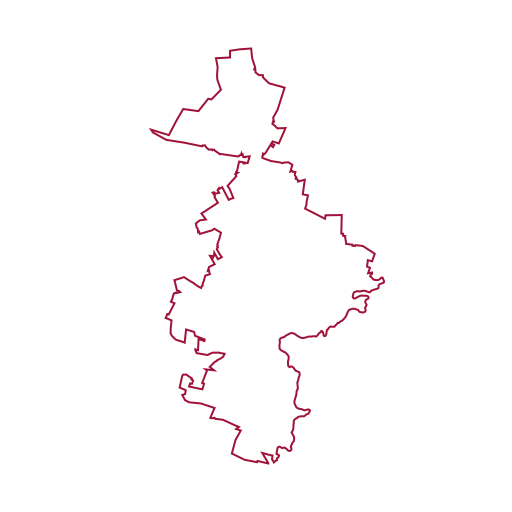 Sedibeng, Gauteng, South Africa (Albers equal-area conic projection), rotated 283°
{"feature_id": "47623444B84489694859974", "entity_name": "Sedibeng", "entity_type": "district", "adm_level": 2, "iso_a3": "ZAF", "parent_name": "South Africa", "parent_adm1": "Gauteng", "projection": "albers", "projection_center": [28.102, -26.548], "detail": "fine", "context": "isolated", "style": "outline", "palette": "rose", "viewbox_px": 512, "rotation_deg": 283, "n_neighbors": 0, "source": "geoboundaries", "source_scale": "gbopen_adm2", "svg_char_len": 6109}
<svg xmlns="http://www.w3.org/2000/svg" viewBox="0 0 512 512"><g transform="rotate(283 256 256)"><path d="M122.2,211.1L110.6,211.2L109.5,217.7L105.5,218.0L104.0,215.4L99.6,219.3L98.4,223.6L99.9,235.7L98.6,249.8L88.0,247.9L87.9,249.5L89.0,252.1L88.2,252.8L89.0,260.5L86.0,275.0L85.6,277.8L83.0,275.6L82.5,280.4L72.1,277.4L58.1,276.9L54.9,290.7L55.3,303.4L56.6,303.5L56.6,314.6L57.0,314.5L65.5,306.4L65.2,314.2L65.3,317.0L61.3,317.4L60.6,318.5L58.9,319.8L61.2,321.5L61.7,322.4L62.7,321.9L63.6,322.0L64.9,323.1L66.6,323.4L66.9,323.3L67.4,322.6L67.5,320.9L67.9,320.4L73.8,320.2L75.0,320.7L75.4,321.4L75.4,322.5L74.7,324.8L75.8,326.9L74.6,329.6L73.8,330.8L73.5,332.0L73.9,333.2L74.9,334.0L76.8,333.7L77.3,333.0L78.1,332.8L82.5,333.6L84.1,334.5L85.3,334.5L88.1,333.9L92.1,330.4L93.8,331.0L96.3,331.2L100.5,330.4L101.8,330.4L103.5,329.9L104.7,330.1L106.2,331.0L107.5,332.6L108.2,332.8L108.8,333.4L110.2,336.6L110.5,338.6L110.9,339.2L112.7,340.5L114.3,342.6L117.5,343.4L118.2,342.6L118.3,341.6L118.1,340.8L116.9,338.9L116.6,337.7L116.6,336.9L117.0,335.0L116.9,331.5L117.6,329.4L121.3,326.5L123.7,326.1L129.8,326.5L133.5,326.0L136.3,326.6L142.1,324.7L144.8,325.1L147.4,324.9L149.2,325.4L151.6,324.8L152.6,324.1L153.1,320.7L154.3,319.0L155.6,317.8L156.2,316.2L156.4,315.0L155.3,313.8L155.7,312.6L156.3,312.1L160.3,310.8L162.0,311.0L164.9,310.6L165.8,310.1L167.1,308.7L168.7,306.2L168.9,304.5L169.8,301.7L170.5,300.4L171.0,299.9L174.3,298.9L177.6,298.7L179.3,297.9L180.4,298.0L181.9,299.0L183.5,301.8L184.8,302.7L187.8,306.0L188.7,307.3L189.0,308.4L189.0,310.7L187.2,315.2L186.4,318.3L186.7,320.8L189.4,325.5L189.7,327.3L191.0,330.7L191.0,332.7L192.3,333.7L195.1,334.9L196.5,336.4L197.5,336.4L197.7,336.7L197.6,337.5L197.1,338.1L195.5,339.2L194.2,339.5L193.7,339.9L193.3,340.6L193.6,341.5L194.7,341.9L196.1,342.1L199.8,341.7L200.6,342.6L201.5,342.7L203.0,343.5L204.1,344.6L204.1,345.8L204.8,348.4L205.9,348.8L207.0,349.6L209.3,350.8L209.3,351.7L210.9,352.7L212.6,354.7L216.2,356.7L218.6,357.5L221.4,357.8L223.7,358.5L224.5,358.9L226.3,361.8L226.6,362.9L226.6,365.9L226.4,367.6L225.0,369.1L224.8,370.4L224.9,372.3L225.2,373.4L225.9,374.5L226.5,374.9L227.7,375.1L230.0,374.0L230.9,374.1L232.4,374.7L233.3,374.7L235.5,372.9L236.7,372.7L238.0,373.0L239.7,374.9L240.7,375.1L241.3,374.8L242.0,373.9L242.1,372.6L241.0,367.1L240.4,366.1L237.1,362.2L236.6,361.1L237.4,359.8L238.5,359.3L241.9,359.4L242.7,359.8L244.3,362.0L244.7,363.5L244.7,365.0L246.4,368.6L246.6,370.2L246.1,374.3L246.3,375.0L246.7,375.5L248.1,376.1L248.8,377.0L251.9,382.3L252.7,382.5L254.8,382.1L256.0,382.5L256.9,383.5L258.3,385.9L259.2,386.6L260.5,386.3L263.4,384.1L263.2,383.1L260.9,381.5L260.2,380.6L259.6,378.9L259.4,376.3L259.7,375.4L261.0,373.7L261.9,371.8L263.0,371.9L264.7,373.0L266.0,372.8L264.4,369.1L270.2,369.7L270.6,366.6L277.1,365.9L276.9,370.3L284.9,371.2L289.8,357.8L289.0,350.6L288.0,350.3L287.7,347.7L288.7,347.6L288.1,341.0L289.0,340.9L294.3,338.6L295.5,338.5L295.3,336.3L297.3,335.9L297.0,334.1L315.2,330.3L311.3,314.6L307.8,314.9L313.2,293.2L317.8,293.6L320.0,293.1L326.8,293.0L326.6,287.7L341.3,286.4L338.0,280.2L338.6,280.1L338.8,280.7L339.0,280.6L339.9,278.6L340.0,277.5L340.5,277.1L341.5,277.8L343.0,276.1L343.9,275.5L346.7,275.5L346.3,272.9L347.0,272.4L347.1,272.0L346.0,270.5L353.0,270.9L354.6,266.5L353.2,261.9L352.4,261.1L352.6,258.7L351.9,249.3L353.0,240.2L354.7,239.7L356.1,240.5L356.6,239.9L357.4,239.7L357.3,240.6L357.0,240.7L358.0,241.9L367.4,245.1L365.9,248.1L368.4,248.8L369.3,245.7L371.4,246.4L370.8,252.9L387.3,256.0L385.2,248.1L387.0,245.3L388.5,242.2L389.2,242.3L391.0,243.4L391.3,243.2L391.0,242.8L391.2,242.3L392.2,242.6L394.8,241.6L403.2,244.1L426.5,246.0L427.2,229.8L431.7,222.5L433.7,222.1L432.9,218.2L434.8,214.2L437.9,213.3L437.6,212.3L439.6,212.7L448.0,207.7L457.1,204.6L453.7,193.6L450.1,184.5L443.6,186.1L439.7,172.5L431.5,176.1L423.7,177.3L419.2,178.6L410.1,184.4L398.5,177.3L398.5,174.1L384.2,167.3L382.8,152.0L370.3,148.1L354.2,143.9L355.5,125.4L353.2,127.7L349.0,142.5L350.3,160.9L350.7,178.6L351.7,179.0L351.6,179.8L352.4,181.1L350.5,183.4L349.0,186.0L349.8,188.6L349.3,189.7L350.0,190.0L350.1,191.4L349.4,192.1L347.3,197.7L347.0,197.8L347.5,199.0L348.9,215.9L349.5,217.0L349.9,217.1L350.6,217.9L350.6,217.7L351.7,218.7L352.5,218.8L351.4,219.4L352.0,220.1L349.6,221.3L349.8,223.1L350.1,223.0L351.7,227.4L344.7,227.0L344.5,224.4L343.6,224.3L343.5,223.0L344.5,223.1L344.2,218.3L335.6,218.4L333.2,217.8L333.1,219.5L331.3,217.6L331.2,218.2L330.7,218.0L329.9,218.3L329.4,218.9L317.9,212.5L315.6,215.1L307.4,220.9L305.8,218.2L304.6,216.8L315.4,207.6L313.3,205.3L313.9,204.7L311.5,203.7L309.3,205.9L307.6,202.5L308.7,201.0L308.0,199.5L305.2,202.6L304.1,202.3L299.3,206.9L285.1,193.3L280.3,199.0L278.0,193.1L274.2,190.1L270.5,191.7L269.7,193.0L266.2,194.2L267.0,195.0L264.9,196.3L271.2,207.5L273.2,209.2L270.9,216.6L264.7,216.4L258.4,215.7L257.4,217.0L257.5,216.8L256.4,216.0L255.8,216.9L253.8,216.2L248.9,220.9L247.2,222.9L244.3,219.6L249.8,214.6L247.0,215.0L245.2,214.6L245.8,214.3L246.2,213.1L245.8,211.1L238.7,217.6L234.7,212.7L230.8,212.4L231.5,213.3L227.9,215.1L225.5,211.0L219.4,210.7L217.8,210.4L216.4,210.3L215.2,210.7L214.5,210.0L212.5,209.7L213.0,207.6L215.2,201.9L215.7,201.1L216.5,198.1L219.2,190.6L214.1,182.0L204.7,186.7L204.5,189.1L203.7,190.3L201.8,186.2L202.2,186.0L201.1,184.4L198.0,184.1L195.4,184.2L192.3,183.3L191.6,187.2L179.4,184.1L179.5,182.6L176.0,182.2L175.3,181.9L174.3,188.2L166.1,189.2L161.4,190.2L159.4,191.9L157.8,194.3L156.5,196.8L156.1,199.3L156.2,201.5L155.7,203.6L155.9,204.2L155.5,206.0L168.7,204.4L168.1,212.8L164.6,214.5L163.1,224.8L161.5,224.8L162.3,218.7L151.2,220.7L151.0,218.7L151.5,218.2L151.5,217.9L150.6,218.1L148.0,220.0L148.6,230.8L149.0,231.7L150.0,232.6L152.1,235.6L153.3,241.0L153.5,241.1L153.4,243.0L153.8,248.4L153.6,247.0L151.6,247.0L150.1,246.4L147.2,243.6L146.7,242.7L145.4,241.4L145.2,241.5L143.1,239.3L137.5,235.9L135.2,240.8L134.2,232.3L133.3,234.0L120.2,232.1L120.0,234.1L114.0,233.7L113.8,220.1L116.9,220.4L117.0,222.3L120.4,222.8L121.4,220.8L122.2,221.1L124.8,214.6L123.9,211.5L122.2,211.1Z" fill="none" stroke="#9f1239" stroke-width="2"/></g></svg>